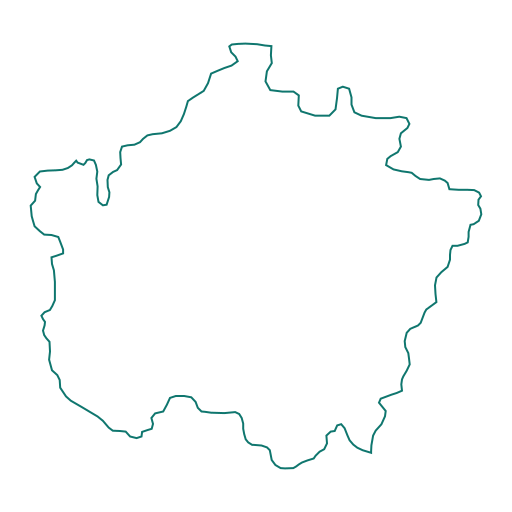 the district of Dzyatlava, Grodno, Belarus
{"feature_id": "67162791B37208014069458", "entity_name": "Dzyatlava", "entity_type": "district", "adm_level": 2, "iso_a3": "BLR", "parent_name": "Belarus", "parent_adm1": "Grodno", "projection": "mercator", "projection_center": [25.377, 53.437], "detail": "fine", "context": "isolated", "style": "outline", "palette": "teal", "viewbox_px": 512, "rotation_deg": 0, "n_neighbors": 0, "source": "geoboundaries", "source_scale": "gbopen_adm2", "svg_char_len": 3376}
<svg xmlns="http://www.w3.org/2000/svg" viewBox="0 0 512 512"><path d="M271.4,46.1L264.9,45.5L257.1,44.2L245.4,43.6L238.0,43.9L231.8,44.5L229.3,46.4L231.2,52.3L235.5,56.6L237.7,61.2L231.5,65.6L224.4,68.0L217.6,70.8L211.1,73.6L208.0,83.2L203.7,90.9L192.8,97.7L187.9,101.1L186.3,106.7L183.9,114.1L180.8,121.2L176.4,127.1L170.0,130.8L161.9,133.3L152.6,134.2L147.4,135.4L143.1,138.8L140.0,142.2L134.4,144.7L127.6,145.3L122.0,146.6L120.2,152.1L120.5,158.0L121.1,164.5L117.1,170.1L113.1,171.9L108.7,175.3L107.5,179.9L107.8,187.1L109.4,192.3L109.1,197.0L106.6,204.7L102.9,205.3L98.5,201.9L97.3,195.1L97.6,186.4L96.4,178.7L97.3,171.6L95.9,164.9L94.0,160.5L89.4,159.4L87.0,160.1L85.3,163.0L83.5,164.8L77.6,162.6L76.2,160.7L74.1,162.9L72.0,165.3L67.9,168.0L62.5,169.8L55.9,170.3L47.7,170.6L39.9,171.5L34.6,176.9L36.8,183.4L40.1,187.0L38.0,190.3L35.9,194.0L35.1,200.7L30.7,205.6L31.7,216.2L33.0,220.9L34.6,226.3L39.9,231.2L44.2,234.6L51.5,235.0L58.3,237.0L60.2,241.8L63.1,249.5L63.1,253.4L56.3,255.8L51.5,257.3L52.0,264.0L53.9,270.3L54.9,281.9L54.9,291.6L54.9,300.2L52.3,306.0L49.9,310.0L44.6,312.2L41.4,315.7L43.0,319.1L45.0,321.9L44.6,325.4L43.0,330.6L44.2,335.1L46.4,338.3L49.5,341.8L50.0,351.5L49.1,359.7L52.0,370.3L57.3,375.1L59.7,380.0L60.2,387.7L66.0,396.4L70.8,400.7L75.1,403.2L81.5,406.9L90.2,412.1L97.6,416.5L102.9,420.8L106.9,425.5L108.7,427.6L112.8,430.7L119.9,431.0L125.7,431.6L130.1,436.5L136.6,438.1L141.5,436.5L142.1,431.9L147.4,430.1L151.7,428.8L153.0,423.9L151.4,418.0L155.1,413.4L163.2,411.5L166.9,404.7L170.0,397.9L175.8,396.0L184.2,396.0L191.3,397.3L195.6,401.9L197.8,407.8L201.5,411.5L204.9,411.8L211.1,412.7L224.4,413.1L235.2,412.1L239.2,414.0L241.7,418.0L243.2,423.6L243.2,428.8L244.2,434.1L245.7,439.3L248.2,442.4L252.2,444.9L254.0,444.9L261.5,445.5L267.0,447.4L269.8,450.2L270.7,454.8L271.7,460.0L275.4,465.0L280.6,468.1L285.0,468.4L293.3,468.1L296.1,466.5L298.9,464.4L302.0,462.5L307.5,460.4L313.7,458.5L315.6,455.7L319.6,451.7L324.2,449.2L327.0,443.4L326.4,435.6L330.7,431.6L334.7,431.0L337.2,425.4L341.2,424.2L344.6,428.2L347.4,435.3L349.6,440.3L353.3,444.6L357.3,447.7L362.6,450.2L371.1,452.8L371.1,451.3L371.4,445.3L373.1,435.6L375.7,430.6L381.4,424.3L385.0,416.3L385.7,411.0L379.0,402.7L380.7,398.7L391.4,394.7L396.7,393.0L402.0,390.7L401.3,384.4L402.0,379.4L403.3,376.4L406.7,370.7L409.7,364.4L409.0,358.4L408.3,353.1L405.3,347.1L404.7,341.1L406.7,332.8L410.3,328.8L418.0,325.5L420.7,322.8L424.6,312.5L426.3,309.5L436.4,302.1L435.5,294.0L435.0,285.3L436.5,277.5L441.3,272.2L447.6,266.9L450.0,259.7L450.0,254.8L450.5,250.0L452.5,245.8L457.5,245.8L464.6,243.9L467.7,242.4L468.6,236.8L468.6,231.9L470.5,224.8L473.6,224.2L478.8,220.8L481.3,214.3L480.4,208.7L478.2,205.0L478.5,199.7L481.0,196.3L479.1,192.6L474.2,190.1L467.4,189.8L458.7,189.8L449.4,189.2L447.6,183.0L444.8,180.6L439.9,178.4L433.7,179.0L429.0,179.9L420.1,179.0L415.4,175.9L411.7,172.8L408.6,172.2L401.8,171.3L393.5,169.4L386.1,165.1L387.3,158.9L390.7,156.1L397.8,152.1L400.9,146.6L399.4,138.8L400.9,133.3L407.4,128.0L409.4,123.9L406.5,118.1L399.3,116.7L390.6,118.1L375.6,118.1L361.6,115.7L354.4,112.3L351.5,104.6L351.5,97.4L349.1,88.7L342.8,86.7L337.9,88.7L337.0,98.3L335.5,109.4L329.3,115.7L315.2,115.7L301.2,111.4L298.3,105.6L298.8,95.4L293.5,91.6L282.4,91.6L270.3,90.1L265.5,81.4L266.9,71.3L271.8,63.1L270.9,55.3L271.4,46.1L271.4,46.1Z" fill="none" stroke="#0f766e" stroke-width="2"/></svg>